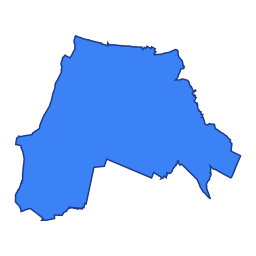 outline of Cañitas de Felipe Pescador, Zacatecas, Mexico
{"feature_id": "50627088B55005263916135", "entity_name": "Cañitas de Felipe Pescador", "entity_type": "district", "adm_level": 2, "iso_a3": "MEX", "parent_name": "Mexico", "parent_adm1": "Zacatecas", "projection": "natural_earth1", "projection_center": [-102.728, 23.576], "detail": "fine", "context": "isolated", "style": "filled", "palette": "blue", "viewbox_px": 256, "rotation_deg": 0, "n_neighbors": 0, "source": "geoboundaries", "source_scale": "gbopen_adm2", "svg_char_len": 5597}
<svg xmlns="http://www.w3.org/2000/svg" viewBox="0 0 256 256"><path d="M138.4,47.2L136.5,46.9L133.8,46.9L130.1,46.2L128.8,46.0L126.8,46.1L124.4,45.8L122.2,45.9L114.5,44.9L114.5,45.1L113.4,44.9L112.4,44.8L111.5,44.9L109.1,44.7L107.7,42.9L107.6,45.9L104.6,44.7L101.3,43.9L101.4,43.1L99.5,42.8L97.3,42.2L95.8,42.0L94.4,41.5L92.7,41.1L90.4,40.8L89.7,40.1L88.1,39.8L86.7,39.6L84.5,39.0L83.4,38.9L82.5,38.4L79.7,37.3L78.7,37.1L78.0,36.8L76.7,36.4L75.9,35.7L75.1,36.6L74.7,38.5L74.6,39.0L74.3,39.7L74.0,41.1L74.1,41.7L74.2,42.0L74.3,43.1L75.0,44.5L75.1,45.5L75.0,45.9L74.9,48.9L74.9,49.6L74.6,50.1L73.6,51.1L72.6,53.4L71.1,56.2L69.9,57.8L67.7,56.7L67.3,56.6L65.8,55.6L64.9,55.2L64.7,55.4L64.1,56.3L63.6,56.8L63.5,57.1L62.8,57.5L62.5,58.4L62.5,58.9L61.6,61.7L61.5,61.9L61.2,62.5L61.1,62.8L61.1,63.6L61.1,63.9L61.1,64.7L61.6,66.3L62.0,67.0L62.0,67.3L61.9,67.6L61.9,68.0L61.7,68.6L61.3,69.2L61.3,69.4L61.5,69.5L61.4,70.2L61.2,70.6L61.4,71.1L61.4,71.5L61.4,72.1L61.4,72.3L57.5,79.9L56.4,81.8L56.0,82.5L55.7,82.7L55.7,83.0L55.1,84.6L55.2,85.3L55.1,86.7L54.6,88.7L54.2,90.3L53.2,92.7L52.8,94.0L52.4,96.0L52.0,97.6L51.8,98.8L51.6,99.9L51.1,101.2L50.9,102.2L50.4,103.0L50.3,103.8L50.1,104.1L49.8,105.6L45.4,113.2L45.2,113.8L45.0,114.1L44.6,114.2L44.3,114.7L41.8,120.4L40.5,123.6L39.9,125.6L39.7,127.0L39.1,128.9L38.4,129.2L32.8,132.9L32.6,133.2L32.2,134.2L31.9,134.6L21.8,136.3L21.4,136.5L19.1,136.6L18.8,136.1L18.0,137.3L16.7,138.1L15.7,144.5L20.2,145.4L20.3,145.4L20.9,145.6L21.2,146.8L21.5,147.5L21.1,147.7L21.7,148.9L21.8,149.3L23.0,152.0L23.1,153.0L23.1,153.3L23.3,153.8L23.4,154.3L23.4,154.7L23.7,155.7L23.7,156.4L24.0,157.8L24.3,158.2L24.3,158.7L24.2,158.8L23.9,162.6L23.7,164.6L23.4,165.5L23.5,165.6L23.0,170.1L22.6,175.5L22.6,176.0L22.7,177.9L22.5,179.6L22.4,180.8L21.8,180.8L21.7,183.1L21.0,183.0L20.8,184.2L20.1,186.4L19.2,188.4L19.3,188.8L17.8,190.0L18.1,190.5L17.0,192.1L16.7,192.9L16.4,193.0L16.0,193.7L15.8,194.4L15.4,195.4L15.4,195.7L15.6,196.7L15.6,198.4L15.5,198.9L15.5,199.9L15.4,201.8L18.8,205.5L19.7,206.7L19.9,207.2L20.7,209.0L21.1,211.6L22.7,211.1L24.1,210.3L24.4,210.3L24.9,210.1L25.2,209.8L25.7,209.8L28.3,208.9L30.5,208.6L33.6,210.9L34.4,211.5L35.6,212.5L36.5,213.0L37.0,213.5L43.0,218.3L41.6,220.3L46.3,220.2L54.5,218.5L54.5,215.0L62.0,215.4L64.4,211.8L66.4,211.4L67.9,208.8L69.4,208.3L68.7,208.1L69.4,207.0L70.1,207.5L70.3,207.8L72.1,207.4L72.3,207.9L73.9,207.7L74.1,208.5L74.9,208.4L75.7,208.1L75.6,207.8L76.5,207.8L76.7,208.8L77.9,209.1L78.1,208.0L79.4,208.5L79.4,208.4L80.8,208.8L80.9,208.4L82.2,208.9L82.5,207.4L83.9,207.7L84.8,203.5L86.1,204.0L93.9,167.3L104.3,166.3L106.8,159.1L151.6,178.0L153.7,172.5L154.1,172.6L154.6,173.0L155.6,173.7L155.8,173.9L156.3,174.1L158.0,175.1L158.3,175.5L158.6,175.8L158.8,175.9L159.2,175.8L160.8,176.7L161.1,177.4L161.1,177.7L161.5,178.1L161.1,178.7L163.5,177.8L163.6,176.6L164.0,176.3L164.7,176.4L164.8,176.2L165.2,176.6L166.2,177.7L166.5,176.4L167.1,174.8L167.1,173.9L166.8,173.8L166.7,173.6L166.9,173.3L166.9,172.8L167.0,172.7L167.9,173.0L169.0,173.5L170.0,173.3L170.9,172.7L171.2,172.5L171.7,172.0L172.0,171.4L172.4,170.4L172.5,169.9L172.9,168.9L175.4,165.8L176.0,165.1L176.1,164.6L176.4,164.8L176.7,163.9L178.0,160.6L178.6,161.2L178.2,162.5L178.5,163.4L178.9,163.8L179.4,164.3L180.1,165.1L181.5,164.1L182.8,165.3L197.2,179.6L199.6,185.1L199.8,185.9L200.2,186.9L200.8,187.7L201.0,188.0L201.3,188.9L203.1,191.8L203.9,192.4L204.1,192.7L205.0,193.1L205.3,193.5L207.4,196.1L208.2,196.9L208.5,197.1L209.0,197.7L209.6,198.2L210.0,198.5L210.4,199.0L209.7,197.0L209.3,196.1L208.9,194.6L208.5,193.3L208.0,192.3L207.5,191.0L207.0,189.5L206.7,188.5L206.7,186.0L206.4,184.9L206.4,184.1L206.8,183.5L206.9,183.0L207.8,181.3L209.0,180.1L209.6,179.2L209.5,178.4L209.6,177.8L209.9,177.0L210.4,176.3L211.0,174.7L210.9,174.4L210.9,173.7L209.8,173.2L209.9,172.7L210.8,172.3L210.6,170.6L210.6,169.7L210.8,168.9L210.6,167.8L210.5,167.2L210.2,166.0L211.7,167.4L212.5,168.1L213.5,169.2L214.7,169.1L224.9,174.8L230.6,177.8L231.4,177.6L233.2,173.5L238.0,161.7L240.6,155.9L240.2,155.6L231.0,151.1L231.9,143.6L230.3,142.3L230.5,140.0L228.8,138.6L227.7,137.3L227.4,137.1L226.5,135.9L225.8,135.5L225.0,135.2L224.0,134.2L223.8,133.9L222.9,133.3L222.2,133.0L220.3,132.0L220.0,131.6L219.1,131.0L218.5,130.4L217.9,130.1L217.1,129.7L215.3,128.4L214.3,124.2L213.9,124.2L211.6,124.2L210.9,124.1L210.1,123.8L209.7,123.7L208.7,124.1L208.4,124.5L208.1,124.7L207.5,124.8L207.1,125.0L205.4,124.1L204.8,123.6L204.6,122.7L204.6,122.4L204.0,120.5L203.7,119.2L203.3,117.7L202.8,117.2L201.7,117.3L202.2,116.6L202.4,116.6L202.4,116.0L202.8,114.5L200.8,114.0L201.1,111.9L199.1,111.2L199.3,110.5L198.2,109.1L197.9,108.6L197.5,107.0L197.6,106.4L197.7,105.0L197.1,104.9L197.3,103.1L195.6,103.0L194.7,101.5L194.7,101.4L194.2,101.0L194.5,100.6L195.2,99.2L196.2,97.6L194.7,96.2L195.3,95.7L194.5,94.8L193.6,95.8L192.3,93.3L195.7,90.8L195.3,90.0L193.4,91.6L191.3,86.5L190.4,86.7L190.0,85.4L189.3,83.6L188.9,82.1L188.6,81.4L187.0,80.2L186.0,79.8L185.2,79.6L183.3,79.3L182.1,78.9L179.5,80.0L179.3,80.1L177.3,79.9L175.5,80.0L177.8,77.4L178.1,75.9L178.3,75.8L178.6,74.8L179.6,72.7L180.8,69.0L183.8,68.5L184.2,66.2L183.1,66.0L183.2,65.2L183.1,64.7L182.5,62.0L182.3,61.3L181.8,60.4L180.9,59.3L179.8,58.1L178.8,56.8L178.3,55.0L178.1,55.0L177.9,50.7L177.5,50.4L176.4,50.0L176.2,49.6L175.9,49.6L175.5,49.5L169.8,52.0L167.8,52.7L164.4,53.1L162.7,53.7L161.5,54.3L159.7,54.3L154.2,54.8L154.4,53.2L154.8,53.4L155.9,51.7L154.3,50.8L155.2,48.8L151.5,46.8L150.8,48.5L146.9,46.3L146.0,48.4L144.2,47.4L143.5,49.5L142.0,48.8L142.0,47.2L140.6,47.0L138.4,47.2Z" fill="#3b82f6" stroke="#1e3a8a" stroke-width="1.5"/></svg>